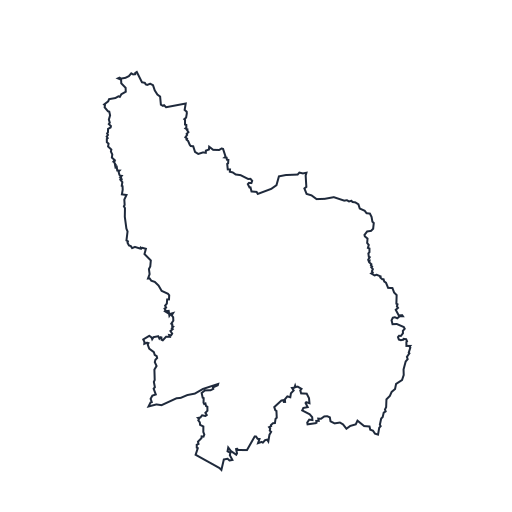 the district of Kabin Buri, Prachin Buri, Thailand, rotated 169°
{"feature_id": "78962969B13244714899487", "entity_name": "Kabin Buri", "entity_type": "district", "adm_level": 2, "iso_a3": "THA", "parent_name": "Thailand", "parent_adm1": "Prachin Buri", "projection": "orthographic", "projection_center": [101.817, 13.854], "detail": "fine", "context": "isolated", "style": "outline", "palette": "slate", "viewbox_px": 512, "rotation_deg": 169, "n_neighbors": 0, "source": "geoboundaries", "source_scale": "gbopen_adm2", "svg_char_len": 6071}
<svg xmlns="http://www.w3.org/2000/svg" viewBox="0 0 512 512"><g transform="rotate(169 256 256)"><path d="M390.2,128.8L382.1,129.3L377.2,127.6L361.2,131.5L357.0,131.1L349.9,132.6L342.3,132.6L333.5,135.6L317.6,137.6L318.2,136.4L323.3,135.2L323.3,133.7L326.2,132.9L331.8,133.8L335.5,131.9L335.4,127.1L334.5,126.5L335.5,122.0L335.1,120.6L333.8,120.9L333.7,118.3L332.5,117.3L333.2,113.4L335.6,111.7L334.7,109.3L336.2,108.6L339.3,109.9L341.4,108.1L343.8,108.1L343.0,107.0L344.0,105.7L342.9,103.4L343.1,100.9L340.2,98.7L341.3,93.3L340.8,90.6L342.0,88.7L343.8,89.3L344.3,87.6L348.4,84.8L348.3,82.5L350.2,82.0L350.7,79.2L349.8,78.5L353.2,72.4L332.3,54.8L330.8,52.6L326.4,62.4L322.6,62.4L321.0,60.3L318.1,60.3L319.7,65.5L318.7,67.7L321.2,69.7L319.8,73.3L317.9,69.4L313.3,64.7L312.3,65.9L312.4,70.3L311.3,70.4L310.6,69.0L301.9,67.2L291.7,79.1L290.4,78.8L289.3,76.2L287.5,75.7L289.7,71.9L286.0,72.4L284.9,71.5L282.2,73.5L280.1,73.6L279.3,71.6L276.9,78.0L274.7,80.5L275.8,82.0L275.0,83.9L275.8,85.5L273.6,86.1L273.6,87.2L271.3,88.6L269.3,88.4L267.9,92.4L266.5,93.3L265.5,100.0L266.5,101.0L266.9,104.2L258.6,109.3L256.9,109.3L256.5,107.4L255.3,107.2L255.0,109.8L252.0,112.2L249.3,110.8L247.9,114.6L244.7,116.8L245.8,119.6L243.4,119.4L242.3,121.3L242.1,119.8L240.0,119.8L236.7,116.9L238.2,115.6L237.9,112.5L232.5,111.2L231.1,106.3L231.6,101.3L234.6,102.9L235.4,102.2L234.1,97.8L238.5,97.8L240.1,95.6L233.5,90.4L231.6,87.1L231.9,84.2L235.0,85.2L237.5,82.7L237.5,80.9L229.3,80.5L228.4,80.8L228.3,82.6L225.9,82.2L225.9,84.5L223.3,83.8L219.6,85.5L216.6,85.1L214.3,83.5L214.4,79.5L210.8,76.7L205.4,76.5L202.7,74.1L200.2,69.2L195.9,71.2L190.2,71.7L187.8,75.0L182.3,68.4L177.1,67.0L177.0,63.7L174.5,62.2L173.1,58.9L170.3,57.4L167.8,63.9L166.1,65.2L166.6,66.8L164.1,72.6L162.4,73.7L160.5,77.9L158.4,78.7L158.7,80.7L157.1,82.8L155.3,90.4L151.3,93.1L148.8,96.7L144.9,98.9L142.9,103.7L136.3,106.4L133.7,111.0L132.8,116.5L129.2,123.9L126.8,125.8L127.1,128.2L124.0,131.2L124.5,132.0L122.0,136.6L122.5,137.7L121.8,138.3L125.5,139.0L124.8,142.9L124.0,143.4L124.5,145.7L126.9,146.5L127.3,145.7L129.9,145.7L131.7,146.7L132.1,149.3L130.8,150.4L129.0,149.9L126.5,152.1L126.1,154.5L123.9,156.2L124.5,158.1L130.8,162.4L135.0,163.0L135.2,167.0L133.5,169.3L131.4,169.4L129.2,167.9L126.5,169.4L123.3,168.8L123.8,170.0L127.2,170.4L129.1,176.5L126.5,178.0L127.3,179.7L126.3,181.6L127.3,182.4L125.4,190.8L127.4,193.8L128.2,198.5L132.4,199.5L133.5,205.0L135.0,206.5L135.2,208.8L136.5,209.1L138.1,211.2L137.6,212.2L141.2,214.6L143.3,214.3L146.2,216.9L144.6,217.5L145.1,219.0L143.8,220.8L145.0,223.0L144.1,223.6L145.0,225.0L144.3,225.9L146.0,228.1L145.5,229.5L146.3,229.3L146.6,230.9L144.6,233.1L145.4,233.7L145.2,237.1L143.9,238.1L143.2,241.7L144.6,242.6L143.2,245.3L144.4,247.6L143.2,251.8L145.4,254.5L145.5,256.0L142.2,258.9L138.3,258.7L135.8,260.4L134.1,265.9L135.2,267.5L135.1,272.3L136.1,275.9L139.3,276.9L140.7,279.7L145.1,282.8L145.6,287.2L148.3,289.7L151.0,290.6L151.8,292.0L154.3,291.8L156.1,293.4L158.8,293.5L168.4,298.9L177.7,299.0L185.7,300.3L189.9,304.9L194.5,307.3L195.6,313.1L193.4,314.2L191.9,325.5L190.6,328.1L194.2,328.1L197.5,329.6L199.6,328.0L211.4,329.8L218.3,329.8L222.4,321.6L228.2,319.0L242.4,316.6L243.2,318.8L248.1,320.2L248.3,324.4L249.3,324.5L250.3,328.1L249.0,329.1L246.6,328.5L245.4,330.5L246.7,332.8L249.0,333.1L255.7,338.3L260.4,339.9L262.9,342.5L265.6,343.7L265.0,345.9L267.2,346.4L266.7,351.9L265.7,352.3L264.8,355.6L266.2,356.1L266.1,358.1L267.9,358.7L266.9,359.2L267.9,367.4L269.2,368.1L272.0,367.1L277.8,368.4L281.1,372.2L281.9,369.5L285.1,369.0L285.6,366.9L288.2,367.8L293.2,367.2L296.0,369.8L296.7,375.7L299.1,376.4L299.8,377.7L300.7,381.9L302.0,383.5L301.3,384.3L302.7,386.0L300.5,388.0L300.8,389.1L298.7,390.5L299.8,393.1L299.3,393.5L300.9,394.7L299.9,395.3L299.4,398.0L300.6,398.6L299.7,403.1L300.3,404.0L298.2,405.2L296.7,409.2L296.5,410.9L298.2,413.0L295.9,419.1L315.9,419.2L317.5,421.6L318.7,421.1L320.5,422.7L319.7,430.8L322.0,433.3L323.8,437.9L324.5,443.3L327.0,445.3L330.1,444.7L331.5,445.5L332.1,447.2L334.8,448.3L337.9,459.4L339.6,458.7L339.9,457.5L342.0,457.7L343.6,459.1L346.5,456.8L350.2,455.8L354.7,455.9L355.9,457.1L357.6,456.7L354.8,454.8L355.3,451.2L351.9,446.0L352.5,442.1L357.3,440.5L359.3,438.2L360.5,439.0L363.9,437.9L370.3,438.0L371.6,436.0L376.2,433.7L375.5,432.9L376.2,430.8L373.7,426.3L372.5,425.7L372.4,421.9L374.4,418.0L374.1,414.8L375.3,413.6L373.6,411.2L374.2,409.9L377.0,409.0L377.7,405.7L378.8,404.7L378.2,403.1L379.8,401.7L379.1,400.0L380.1,399.4L380.7,396.2L379.3,394.4L380.3,391.7L377.7,388.1L378.5,386.2L377.7,383.1L378.7,380.1L376.5,377.2L377.7,376.1L376.9,375.9L377.5,375.3L376.3,372.2L377.0,372.2L377.0,369.6L375.7,369.9L375.9,366.4L373.7,365.9L374.8,365.1L374.6,361.9L374.2,360.8L372.6,360.3L373.6,359.4L373.4,358.0L374.1,358.2L373.5,356.8L374.5,356.6L373.1,354.0L374.4,350.5L373.7,350.0L374.2,346.5L375.9,342.1L371.5,340.6L374.5,336.5L375.2,331.2L376.2,330.0L375.5,328.0L377.3,319.5L378.0,307.6L377.4,304.6L380.2,296.0L378.9,294.8L379.6,293.5L378.7,290.6L377.0,289.6L376.1,287.4L373.1,288.0L368.3,285.4L367.7,286.2L367.1,285.2L366.2,285.8L362.7,284.1L365.1,279.2L360.1,271.7L361.8,265.9L363.6,263.6L363.9,258.5L366.3,254.5L364.7,254.3L363.5,251.7L360.3,249.9L357.3,245.6L355.3,239.8L349.6,235.7L348.7,234.0L349.7,230.0L351.5,230.3L352.6,226.3L354.7,224.6L354.1,222.5L355.8,221.8L355.1,219.8L356.0,219.2L353.7,217.1L353.4,218.9L352.2,218.8L352.4,213.9L350.7,215.6L348.3,215.8L350.1,213.9L349.0,211.7L349.5,208.3L352.1,205.7L351.2,204.9L351.7,203.3L350.7,202.5L352.4,201.1L351.7,200.1L354.3,198.7L353.1,195.8L354.5,194.3L356.3,195.0L356.0,193.1L359.7,193.9L363.6,191.0L364.7,191.8L364.4,194.1L365.3,194.5L366.6,193.4L367.3,195.9L372.1,195.9L373.8,194.1L374.1,196.0L376.0,198.0L382.6,195.6L381.9,193.0L382.4,191.1L379.5,191.7L378.2,191.0L379.2,189.7L378.5,185.4L374.6,181.1L374.3,178.2L372.6,176.7L372.5,174.7L374.5,173.4L375.6,171.1L374.6,167.0L377.4,163.9L379.1,153.6L380.3,151.9L380.3,146.5L381.8,145.3L380.8,139.2L384.4,138.7L386.7,135.9L386.2,132.5L387.5,132.3L390.2,128.8Z" fill="none" stroke="#1e293b" stroke-width="2"/></g></svg>